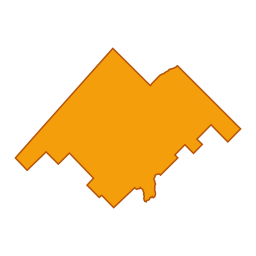 the district of General Arenales, Buenos Aires, Argentina
{"feature_id": "61730980B49819801652443", "entity_name": "General Arenales", "entity_type": "district", "adm_level": 2, "iso_a3": "ARG", "parent_name": "Argentina", "parent_adm1": "Buenos Aires", "projection": "mercator", "projection_center": [-61.209, -34.239], "detail": "fine", "context": "isolated", "style": "filled", "palette": "amber", "viewbox_px": 256, "rotation_deg": 0, "n_neighbors": 0, "source": "geoboundaries", "source_scale": "gbopen_adm2", "svg_char_len": 3127}
<svg xmlns="http://www.w3.org/2000/svg" viewBox="0 0 256 256"><path d="M177.4,65.7L177.1,65.9L177.0,66.1L176.8,66.3L176.6,66.4L176.4,66.5L176.2,66.8L176.0,67.1L175.8,67.3L175.4,67.4L175.2,67.4L175.0,67.5L174.7,67.6L174.4,67.7L174.2,67.9L174.0,68.1L173.7,68.2L173.2,68.3L172.9,68.5L172.5,68.7L172.2,68.6L171.7,68.7L171.4,68.7L171.1,68.8L170.8,69.0L170.6,69.0L170.4,69.1L170.2,69.3L169.9,69.4L169.6,69.4L169.4,69.4L169.1,69.4L169.0,69.6L168.9,70.0L168.7,70.3L168.5,70.5L168.3,70.7L168.1,70.9L167.7,71.0L167.4,71.1L167.1,71.2L166.8,71.5L166.5,71.6L166.3,71.7L165.9,72.0L165.5,72.3L165.3,72.4L165.0,72.6L164.7,72.7L164.4,73.1L164.1,73.2L164.0,73.3L163.9,73.5L163.6,73.7L163.2,73.8L162.8,73.8L162.6,73.9L162.4,74.0L162.1,74.1L161.9,74.3L161.7,74.4L161.3,74.5L161.1,74.6L160.8,74.7L160.6,74.8L160.4,75.0L160.1,75.1L159.9,75.3L159.7,75.5L152.0,83.4L150.4,85.7L121.4,56.9L113.0,48.6L112.8,48.4L59.7,108.0L37.7,132.7L32.3,138.8L15.4,157.9L15.4,158.0L21.8,164.7L23.3,166.2L27.1,170.3L46.1,151.9L58.3,164.1L69.4,153.1L93.5,178.2L87.0,185.2L99.2,197.4L101.7,195.3L113.7,207.6L134.6,187.8L134.7,188.1L134.8,188.2L135.2,188.3L135.4,188.4L135.7,188.7L136.0,188.9L136.3,189.1L136.6,189.2L136.8,189.3L137.0,189.3L137.2,189.1L137.4,188.9L137.8,188.7L138.3,188.6L138.7,188.7L139.2,188.8L139.6,188.5L139.8,188.2L140.0,187.7L140.3,187.4L140.6,187.8L140.8,188.1L141.0,188.3L141.4,188.6L141.9,188.8L142.4,189.2L142.7,189.6L142.8,190.1L143.0,190.6L143.2,191.1L143.4,191.6L143.7,192.2L143.9,192.8L144.0,193.0L144.0,193.3L143.8,193.6L143.7,193.8L143.5,194.0L143.6,194.4L143.8,194.6L143.9,195.1L144.0,195.6L144.2,195.9L144.3,196.3L144.2,196.8L144.0,197.3L143.9,197.8L143.8,198.3L143.9,198.8L144.1,199.6L144.2,200.1L144.3,200.5L144.5,200.8L144.7,201.2L144.9,201.4L145.3,201.5L145.6,201.6L145.9,201.6L146.2,201.7L146.2,201.3L146.1,201.1L146.3,200.8L146.5,200.6L146.8,200.6L147.2,200.6L147.5,200.5L147.9,200.2L148.1,200.0L148.6,199.9L149.0,199.8L149.2,199.6L149.4,199.2L149.5,198.8L149.9,198.4L150.1,198.0L150.3,197.7L150.4,197.4L150.7,197.3L151.1,197.3L151.4,197.5L151.6,197.5L151.9,197.3L152.0,197.1L152.1,196.9L152.2,196.7L152.3,196.9L152.4,197.1L152.6,197.2L152.7,197.4L152.9,197.6L153.2,197.7L153.5,197.6L153.8,197.4L154.1,197.2L154.3,197.0L154.6,196.8L154.7,196.4L155.0,195.9L155.1,195.5L155.2,195.1L155.4,194.6L155.4,194.1L155.5,193.6L155.4,192.8L155.3,192.2L155.2,191.7L154.9,191.2L154.8,190.5L154.8,190.0L154.5,189.3L154.7,189.0L154.8,188.3L154.8,187.7L154.8,187.2L154.9,186.7L154.8,186.4L154.7,186.1L154.8,185.7L155.0,185.3L155.1,184.9L155.3,184.7L155.5,184.4L155.5,184.0L155.5,183.8L155.3,183.5L155.0,182.9L154.8,182.6L154.8,182.3L154.8,181.9L154.9,181.5L154.8,181.1L154.6,180.7L154.3,180.3L154.0,179.9L153.9,179.3L154.0,178.8L154.1,178.3L154.3,177.8L154.6,177.3L154.9,177.0L155.0,176.6L155.1,176.2L155.1,175.8L155.2,175.3L155.5,175.1L155.8,174.8L156.5,174.5L157.1,174.3L157.8,174.2L158.3,174.0L159.0,174.0L159.5,174.2L159.9,174.4L160.3,174.9L160.5,175.1L177.8,157.9L174.9,154.9L184.9,144.7L193.5,153.4L202.3,144.4L196.9,139.1L202.1,133.9L211.0,124.8L227.8,141.9L240.6,128.9L177.4,65.7Z" fill="#f59e0b" stroke="#b45309" stroke-width="1.5"/></svg>